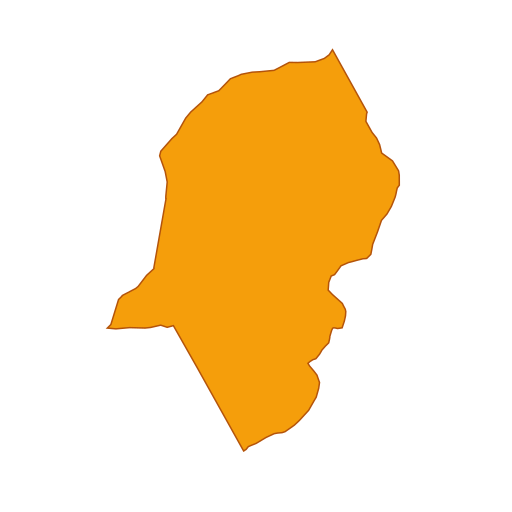 outline of Perou, Anse-la-Raye, Saint Lucia, rotated 335°
{"feature_id": "8701671B34343071784823", "entity_name": "Perou", "entity_type": "district", "adm_level": 2, "iso_a3": "LCA", "parent_name": "Saint Lucia", "parent_adm1": "Anse-la-Raye", "projection": "albers", "projection_center": [-61.007, 13.959], "detail": "fine", "context": "isolated", "style": "filled", "palette": "amber", "viewbox_px": 512, "rotation_deg": 335, "n_neighbors": 0, "source": "geoboundaries", "source_scale": "gbopen_adm2", "svg_char_len": 1895}
<svg xmlns="http://www.w3.org/2000/svg" viewBox="0 0 512 512"><g transform="rotate(335 256 256)"><path d="M421.2,239.1L419.9,227.5L413.4,215.8L415.1,207.3L415.1,200.1L413.4,193.0L412.5,180.4L416.3,173.9L417.5,172.6L412.5,101.4L407.3,104.6L401.4,105.8L391.7,105.0L375.4,98.2L368.0,94.6L350.9,95.4L337.3,90.6L330.3,87.8L319.4,85.1L316.3,85.1L307.8,84.5L299.3,87.8L292.1,90.5L280.3,89.5L272.1,93.5L257.8,97.9L250.6,101.3L235.5,112.1L229.3,114.1L214.0,120.8L211.0,124.5L209.4,141.0L206.8,151.4L199.6,163.6L198.4,166.0L199.1,165.4L158.5,223.4L158.5,223.9L157.9,224.4L148.7,227.3L136.3,233.8L133.2,234.6L118.0,235.3L117.7,235.7L113.1,237.3L106.6,244.5L95.5,256.8L90.8,258.5L98.2,262.8L111.2,267.5L125.0,274.4L130.2,276.2L140.4,278.4L145.4,283.1L151.7,284.2L155.5,331.9L162.4,427.5L165.3,427.1L168.5,425.5L171.6,425.6L176.9,425.9L183.6,425.2L188.5,424.7L197.3,424.7L200.5,425.5L203.3,426.5L204.9,427.1L205.6,427.2L208.1,427.5L219.3,425.5L225.7,423.4L238.5,418.1L247.8,411.5L250.9,409.4L256.9,402.4L260.1,397.5L260.5,393.5L260.9,389.7L259.7,384.3L258.1,378.5L257.7,375.2L260.5,374.4L261.6,374.3L263.7,374.0L266.0,374.3L266.8,374.4L267.7,374.0L272.0,371.9L274.5,370.2L276.0,369.1L280.8,367.0L282.8,366.3L285.2,365.4L287.3,362.7L288.5,361.0L288.7,360.4L289.9,359.0L293.2,355.3L294.4,354.3L294.8,353.9L296.1,353.9L297.8,355.0L298.5,355.6L299.3,356.2L301.3,356.8L303.7,357.5L308.5,352.4L311.8,348.1L313.9,344.3L314.4,342.0L314.2,337.7L314.2,335.5L308.9,323.0L307.0,317.4L308.7,314.4L310.8,310.6L315.7,305.9L319.3,306.1L323.4,303.9L326.8,302.0L328.9,300.8L332.7,300.9L337.0,301.0L340.6,301.7L345.5,302.5L349.6,303.3L351.8,303.7L353.8,304.5L355.3,305.0L360.8,303.0L363.5,299.3L366.7,294.7L376.1,285.7L384.8,276.7L392.4,273.3L399.6,268.3L403.7,264.5L407.0,261.4L408.1,260.1L409.3,258.6L411.2,256.0L412.8,254.0L415.8,252.4L420.0,243.3L421.2,239.1Z" fill="#f59e0b" stroke="#b45309" stroke-width="1.5"/></g></svg>